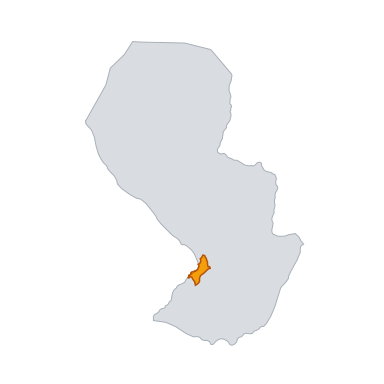 Central highlighted on a map of Paraguay, rotated 15°
{"feature_id": "PRY-607", "entity_name": "Central", "entity_type": "Department", "adm_level": 1, "iso_a3": "PRY", "parent_name": "Paraguay", "parent_adm1": "", "projection": "natural_earth1", "projection_center": [-57.553, -25.559], "detail": "fine", "context": "in_parent", "style": "filled", "palette": "amber", "viewbox_px": 384, "rotation_deg": 15, "n_neighbors": 0, "source": "natural_earth", "source_scale": "10m", "svg_char_len": 4654}
<svg xmlns="http://www.w3.org/2000/svg" viewBox="0 0 384 384"><g transform="rotate(15 192 192)"><path d="M200.4,79.8L201.0,82.3L201.4,84.3L202.4,85.6L203.4,87.4L204.3,88.5L205.0,90.2L204.8,92.1L205.2,94.6L205.7,96.8L206.1,97.3L207.5,97.9L208.2,99.9L207.7,100.9L207.9,102.0L208.4,103.1L207.9,104.2L208.2,105.0L209.1,105.8L210.0,108.5L210.1,113.2L209.1,115.7L208.4,117.7L208.2,119.0L208.7,120.8L207.8,123.0L206.6,125.6L206.9,127.4L207.1,129.1L207.2,130.9L207.5,132.6L207.1,134.5L206.7,136.1L206.6,137.9L207.0,139.9L206.2,141.9L205.7,143.2L205.5,144.6L206.4,146.8L208.6,147.7L210.3,147.9L211.9,146.8L213.2,146.4L215.5,147.4L217.6,149.3L220.2,149.5L222.6,149.8L224.4,150.4L227.1,149.7L229.9,150.4L233.1,151.4L235.8,152.3L238.5,152.1L240.5,152.0L242.6,151.0L244.6,151.1L246.2,149.3L247.0,147.7L247.8,146.5L250.0,145.6L251.5,146.2L252.8,149.1L254.9,150.9L255.8,152.1L257.4,152.7L261.0,152.8L263.2,152.7L265.7,153.6L267.3,153.6L268.7,155.2L270.0,157.1L270.2,160.7L271.4,163.4L273.1,164.4L273.9,166.1L273.6,168.5L272.9,170.9L272.9,173.5L273.8,175.9L273.8,178.3L274.3,180.7L275.5,182.8L275.9,186.1L275.7,188.4L276.4,189.8L276.7,191.8L276.2,193.3L276.0,195.5L276.1,197.4L276.7,199.0L278.4,201.1L278.8,204.7L278.8,207.2L279.6,210.2L281.0,211.6L283.3,212.0L285.9,212.5L289.2,211.8L292.0,211.0L293.7,210.2L296.8,208.0L299.6,206.8L301.0,206.0L302.4,205.4L305.1,206.8L307.7,208.5L309.7,210.9L313.4,213.5L312.6,214.2L311.1,216.3L311.2,218.8L312.2,222.4L311.2,230.1L308.3,241.8L307.0,248.6L307.5,250.5L306.4,253.9L302.5,261.3L302.3,266.2L301.7,281.0L300.3,291.5L298.1,299.2L296.0,303.3L294.2,303.8L292.9,305.0L292.1,307.0L290.6,308.6L288.5,309.9L287.3,311.4L287.1,312.9L285.0,313.9L281.1,314.4L278.8,315.6L278.1,317.7L276.8,319.3L274.8,320.5L273.9,322.5L274.0,325.2L272.8,327.6L270.5,329.6L268.3,329.7L266.4,327.8L263.8,326.5L260.4,325.9L257.7,326.4L255.5,328.0L253.5,330.4L251.8,333.8L249.9,334.4L247.8,332.1L245.1,331.4L241.9,332.3L239.4,332.0L237.5,330.5L234.6,330.3L230.6,331.5L222.6,330.1L210.6,326.2L200.5,324.7L188.0,326.1L186.9,322.1L187.6,319.9L189.6,318.2L190.9,316.3L191.4,314.2L192.8,312.6L195.1,311.5L196.0,310.4L195.7,309.3L196.2,308.3L197.5,307.4L198.2,306.0L198.4,304.2L198.9,303.2L199.8,302.5L199.9,301.3L199.4,297.3L199.4,294.0L200.0,291.4L200.8,289.9L201.3,289.5L201.8,288.6L202.0,287.0L202.9,285.6L206.8,282.6L208.4,281.0L208.5,279.6L209.1,277.6L211.4,273.4L212.2,271.4L212.2,270.4L213.1,269.4L215.9,267.0L217.5,264.8L217.7,262.7L217.0,260.3L215.4,257.7L210.3,251.1L206.3,248.0L201.3,245.6L197.9,244.8L196.3,245.6L194.7,244.9L193.0,242.7L190.2,240.9L184.4,239.0L171.0,231.3L165.7,227.5L163.9,225.2L158.9,221.1L150.7,215.1L144.4,212.2L140.0,212.4L133.0,210.6L123.3,207.0L117.8,203.5L116.2,200.1L112.7,196.6L107.0,193.2L104.1,190.9L103.8,189.9L102.1,188.4L99.0,186.7L95.5,183.7L91.8,179.5L87.7,172.9L83.4,164.1L78.8,158.1L73.8,155.0L71.4,153.0L71.4,152.0L70.6,151.0L71.3,149.3L73.0,142.6L75.5,132.8L78.1,122.7L81.1,110.8L81.1,102.4L81.0,93.5L85.4,86.2L88.6,81.0L91.3,76.1L94.0,67.6L95.8,62.0L103.0,60.6L115.0,57.7L121.0,56.2L133.7,53.1L146.6,50.0L160.2,49.8L173.3,49.6L183.5,56.6L191.3,62.0L199.8,67.9L200.4,69.2L201.0,74.1L200.4,79.8Z" fill="#d9dde1" stroke="#a8b0b8" stroke-width="1"/><path d="M215.6,267.6L216.0,267.6L216.2,267.4L216.3,266.5L216.7,266.3L217.0,266.2L217.4,265.8L217.5,265.2L217.9,262.2L217.9,261.6L217.7,261.2L217.3,260.7L216.7,260.3L217.4,259.6L218.1,258.7L218.4,257.3L218.3,256.0L217.9,255.2L217.2,254.4L217.5,254.0L218.0,253.3L218.4,252.4L218.6,251.5L218.7,250.6L218.9,250.1L219.2,250.0L220.0,250.2L220.8,250.2L221.5,251.3L222.7,252.2L223.0,252.5L223.9,254.1L224.8,255.2L225.1,255.8L225.3,256.2L225.4,256.7L225.5,257.4L226.5,259.4L226.8,259.8L227.0,260.0L227.4,260.0L227.6,260.0L227.7,259.9L227.9,259.7L228.0,259.6L228.3,259.6L228.7,260.0L229.3,261.0L228.1,261.8L227.2,262.6L227.1,262.9L224.6,267.1L223.7,268.3L222.7,269.4L222.3,269.9L222.0,270.6L221.7,271.8L221.6,272.8L221.6,273.6L222.3,275.9L222.3,276.6L222.2,277.3L221.4,278.9L220.8,279.8L219.4,281.2L219.1,280.2L218.3,279.2L218.2,278.9L218.1,278.6L218.1,278.2L217.8,277.8L217.3,277.6L217.0,277.4L216.2,276.7L215.5,276.2L214.9,275.6L214.5,275.1L214.1,274.6L213.9,274.4L213.7,274.3L212.9,274.4L212.7,274.4L212.0,274.2L211.8,274.2L211.7,274.2L211.6,274.3L211.5,274.7L211.5,275.3L211.5,275.5L211.3,275.8L211.2,275.9L210.5,275.7L210.4,275.6L210.6,275.5L210.9,275.0L210.5,273.8L210.4,273.2L210.8,272.9L211.3,272.7L211.9,272.2L212.3,271.7L212.7,271.2L212.3,271.2L212.1,271.0L211.8,270.8L211.7,270.5L212.3,269.5L212.6,269.2L213.2,268.9L213.6,268.9L213.9,268.9L214.1,268.9L214.4,268.7L214.5,268.4L214.7,267.6L215.6,267.6Z" fill="#f59e0b" stroke="#b45309" stroke-width="1.5"/></g></svg>